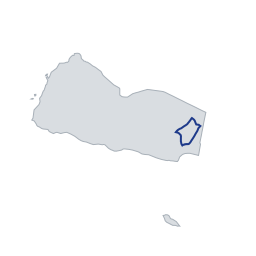 location of Hat, Al Mahrah, Yemen, rotated 34°
{"feature_id": "15242507B17941061209277", "entity_name": "Hat", "entity_type": "district", "adm_level": 2, "iso_a3": "YEM", "parent_name": "Yemen", "parent_adm1": "Al Mahrah", "projection": "orthographic", "projection_center": [51.804, 17.432], "detail": "fine", "context": "in_parent", "style": "outline", "palette": "blue", "viewbox_px": 256, "rotation_deg": 34, "n_neighbors": 0, "source": "geoboundaries", "source_scale": "gbopen_adm2", "svg_char_len": 4217}
<svg xmlns="http://www.w3.org/2000/svg" viewBox="0 0 256 256"><g transform="rotate(34 128 128)"><path d="M201.8,111.3L193.6,114.3L191.5,115.7L189.5,117.3L188.0,119.4L187.0,123.1L187.8,126.4L187.7,128.2L185.6,129.3L183.6,130.2L181.4,131.5L180.1,131.8L179.0,132.9L177.7,133.6L173.1,135.4L168.1,136.9L160.1,138.6L157.0,140.4L154.1,141.7L149.9,142.0L144.0,143.8L140.7,145.2L136.6,147.4L135.7,148.2L135.0,149.9L133.7,151.3L131.3,153.7L129.4,154.9L128.2,155.0L125.8,155.6L123.0,155.7L118.3,154.8L117.0,155.3L116.0,156.3L112.4,157.9L108.6,161.1L105.9,161.9L101.4,162.9L98.4,164.2L96.3,164.7L93.6,164.9L88.7,164.6L84.1,165.0L79.7,165.8L77.7,167.5L75.3,170.2L71.5,171.3L70.6,172.2L69.3,174.3L66.9,174.7L64.7,175.0L62.4,174.0L58.1,176.3L56.5,176.7L54.0,176.7L52.3,177.1L51.1,176.9L49.5,175.9L46.3,174.6L43.8,175.2L43.7,172.9L40.0,165.5L41.0,159.2L41.1,158.3L40.4,155.4L38.1,152.8L38.3,149.5L37.6,147.1L37.1,144.7L37.3,144.1L37.3,143.5L36.3,139.8L35.9,139.0L35.8,138.2L36.2,137.6L36.2,137.0L35.6,135.8L35.1,133.6L31.9,131.8L32.6,130.2L33.2,130.8L34.1,131.3L34.3,130.3L34.3,129.5L33.2,124.7L35.4,118.4L35.0,112.6L38.1,110.4L38.9,109.7L39.4,109.1L40.2,107.9L41.1,107.5L41.5,106.1L41.5,105.4L41.0,104.8L40.6,103.2L40.8,101.1L41.0,100.3L41.4,98.7L42.5,98.2L42.7,97.7L42.0,96.7L42.1,96.1L43.9,94.6L44.6,94.1L45.8,93.6L46.7,93.7L47.7,94.0L48.7,94.5L49.5,95.4L50.4,96.4L51.9,96.8L52.9,96.8L53.7,97.2L54.4,97.0L55.2,96.6L56.4,96.7L57.6,96.1L60.8,96.0L63.8,96.3L67.1,95.9L70.3,96.1L73.5,96.2L74.2,96.3L74.9,96.7L77.6,98.2L79.7,98.6L83.8,99.1L88.3,99.7L92.1,100.2L95.4,99.9L98.1,99.7L98.9,99.8L99.7,100.7L101.2,103.0L102.7,105.2L105.4,105.4L107.2,104.6L109.1,103.5L110.3,102.7L111.8,99.2L112.7,97.0L114.7,94.5L116.5,92.5L118.7,89.7L120.0,88.2L122.5,85.2L124.8,84.0L129.3,81.8L133.7,79.6L136.6,78.2L139.0,77.6L143.1,77.1L147.8,76.4L152.6,75.8L157.7,75.1L163.4,74.4L167.3,73.8L172.2,73.1L176.3,72.6L180.0,72.1L183.8,71.5L184.5,73.2L185.2,74.9L185.9,76.6L186.6,78.3L187.3,80.0L188.0,81.7L188.8,83.4L189.5,85.1L190.2,86.7L190.9,88.4L191.6,90.1L192.4,91.8L193.1,93.5L193.8,95.2L194.5,96.9L195.2,98.6L195.9,100.2L197.1,100.8L197.8,102.3L198.8,104.6L199.8,106.8L200.8,109.0L201.8,111.3ZM213.4,179.1L214.4,179.3L216.0,178.7L220.4,178.6L225.8,180.4L224.8,180.9L224.2,181.6L221.8,182.2L219.5,183.7L212.7,184.5L210.7,184.1L209.0,182.7L206.0,180.9L207.2,179.8L207.4,179.2L207.9,178.7L209.6,177.8L211.3,177.9L213.4,179.1ZM33.2,153.2L32.9,153.6L32.7,153.5L31.7,152.5L32.8,151.6L33.4,152.5L33.2,153.2ZM30.9,130.5L30.4,130.9L30.2,130.2L30.6,128.7L31.2,128.3L31.5,129.4L31.2,130.0L30.9,130.5ZM32.5,157.7L31.4,158.2L32.2,156.9L32.9,156.6L33.2,156.7L32.5,157.7Z" fill="#d9dde1" stroke="#a8b0b8" stroke-width="1"/><path d="M170.0,104.7L170.8,104.4L172.0,104.0L172.3,103.9L172.7,103.9L173.3,103.9L174.0,104.1L174.6,104.2L174.9,104.3L175.3,104.3L175.6,104.4L175.8,104.6L176.1,104.8L176.3,105.0L176.7,105.5L177.1,106.2L177.7,107.1L178.7,108.6L179.3,109.5L179.9,110.0L180.5,110.7L181.5,111.5L182.6,112.0L182.6,111.9L182.8,111.7L183.0,111.5L183.0,111.4L183.2,111.2L183.3,111.0L183.3,110.9L183.5,110.7L183.7,110.4L183.8,110.4L183.9,110.2L184.0,110.2L184.2,109.9L184.3,109.8L184.3,109.7L184.5,109.6L184.6,109.4L184.8,109.3L184.8,109.2L185.0,109.1L185.2,108.9L185.3,108.9L185.5,108.7L185.8,108.5L185.8,108.4L186.0,108.3L186.1,108.2L186.3,108.1L186.5,108.0L186.5,107.9L186.8,107.7L187.0,107.6L187.2,107.4L187.3,107.3L187.6,106.0L187.7,104.5L187.6,103.3L187.6,102.7L187.6,102.3L187.6,100.3L187.5,97.6L187.2,94.4L187.2,93.7L187.1,91.7L186.9,90.6L186.5,89.0L186.5,88.9L186.5,88.6L186.9,85.9L185.9,85.9L184.8,85.8L182.6,86.9L180.9,85.8L179.2,84.6L178.0,84.2L176.9,84.1L175.4,84.0L175.3,84.4L175.3,84.5L175.3,85.8L175.3,86.1L175.3,87.1L175.3,87.4L175.2,88.0L175.2,88.9L175.1,89.6L175.0,90.6L175.0,91.3L174.9,91.8L174.8,92.2L174.6,92.6L174.4,93.2L174.3,93.6L174.2,93.7L174.0,94.1L173.7,94.7L173.5,95.2L173.4,95.4L173.4,95.5L173.3,95.8L173.1,96.2L172.9,96.8L172.6,97.6L172.5,97.9L172.2,98.6L172.0,98.9L171.8,99.2L171.6,99.4L171.3,99.9L171.1,100.3L170.9,100.8L170.6,101.4L170.5,101.7L170.5,101.9L170.3,102.4L170.3,102.5L170.2,102.8L170.2,103.0L170.1,103.4L170.1,103.7L170.1,103.9L170.1,104.0L170.0,104.3L170.0,104.7Z" fill="none" stroke="#1e3a8a" stroke-width="2"/></g></svg>